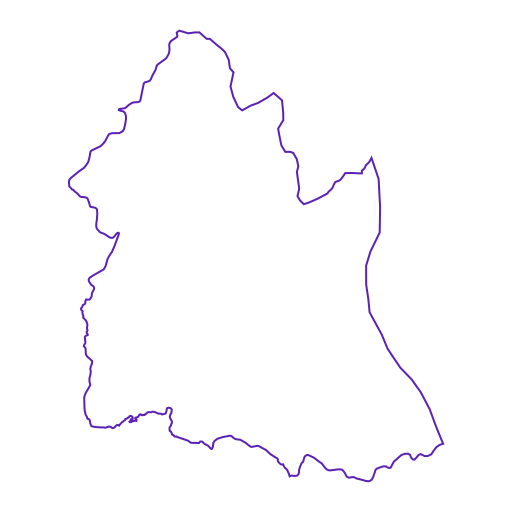 the district of Hiem, Houaphan, Laos
{"feature_id": "54806243B99881482516607", "entity_name": "Hiem", "entity_type": "district", "adm_level": 2, "iso_a3": "LAO", "parent_name": "Laos", "parent_adm1": "Houaphan", "projection": "natural_earth1", "projection_center": [103.244, 20.096], "detail": "fine", "context": "isolated", "style": "outline", "palette": "violet", "viewbox_px": 512, "rotation_deg": 0, "n_neighbors": 0, "source": "geoboundaries", "source_scale": "gbopen_adm2", "svg_char_len": 5966}
<svg xmlns="http://www.w3.org/2000/svg" viewBox="0 0 512 512"><path d="M371.5,157.9L369.5,161.6L367.8,163.5L366.0,165.1L364.3,168.6L361.9,170.6L361.9,173.3L357.8,173.3L352.5,173.0L345.2,173.1L343.5,175.8L340.8,179.3L339.4,180.5L335.2,182.1L333.9,184.5L332.2,188.4L328.4,191.9L327.4,193.5L317.7,198.7L308.7,202.6L303.8,204.2L300.0,200.4L297.5,196.1L299.2,188.7L296.9,172.0L298.3,166.2L296.8,159.2L293.3,153.0L290.5,151.9L285.3,151.9L281.4,145.4L280.3,140.3L278.1,128.7L283.3,120.1L283.2,112.7L282.0,100.3L273.6,93.0L267.8,97.3L258.1,102.9L250.5,105.7L242.2,110.4L238.0,107.0L233.3,96.9L230.5,86.5L233.5,72.4L229.9,68.2L228.8,60.0L224.9,51.9L220.4,47.7L216.9,45.0L209.9,38.9L206.7,38.9L199.4,32.4L195.2,32.4L188.2,33.3L179.5,30.7L178.5,31.2L177.2,32.1L176.7,32.8L177.4,35.9L177.1,36.9L170.9,41.1L169.7,43.0L169.2,44.7L169.5,49.6L169.0,53.2L167.9,55.4L166.1,58.4L158.8,63.7L157.2,65.0L156.4,66.7L155.6,69.7L152.3,75.7L151.0,79.0L149.7,80.8L147.7,81.6L145.0,82.3L144.3,82.8L143.7,83.9L140.3,100.6L139.4,101.6L138.2,102.1L133.7,102.4L132.0,102.9L128.8,104.9L125.9,107.5L124.9,108.2L120.0,108.9L118.8,109.4L118.8,110.1L120.0,110.6L123.6,111.5L125.0,113.0L125.9,115.9L126.0,119.2L125.1,124.7L123.9,129.4L122.8,131.1L119.4,133.1L112.1,133.2L110.5,133.6L109.1,134.1L107.9,135.9L105.1,141.3L103.1,143.7L100.7,146.1L91.5,150.5L90.4,151.9L89.5,157.3L88.2,162.1L85.7,165.7L83.9,167.9L79.3,171.1L75.5,174.2L70.5,178.3L69.4,179.7L68.9,181.9L69.3,186.4L70.9,188.1L71.8,189.3L72.4,189.7L73.1,189.7L73.7,190.2L74.2,191.0L77.1,193.3L79.9,196.3L81.0,196.9L85.4,197.3L87.0,198.0L87.7,198.9L89.2,203.0L90.0,206.1L90.6,206.8L95.0,207.7L96.2,208.4L97.0,209.5L97.3,213.9L96.8,220.0L96.3,223.4L96.2,226.0L96.5,227.8L97.2,229.1L99.3,231.5L100.3,232.4L104.1,233.8L106.2,235.1L108.9,237.0L110.8,237.8L112.3,237.9L113.5,237.3L116.9,233.3L117.6,232.9L118.6,232.8L119.0,233.4L118.2,236.0L114.1,247.0L111.9,252.0L109.9,254.8L107.6,258.9L105.6,266.1L103.7,269.4L93.7,275.1L89.9,277.6L89.1,278.6L88.7,279.5L88.8,280.8L89.2,281.8L91.2,284.8L93.5,286.4L94.1,287.8L94.1,288.8L93.5,290.2L92.1,292.8L91.8,293.9L91.8,295.2L91.5,296.6L90.7,298.1L89.6,299.5L88.0,299.7L86.2,299.4L85.8,300.1L85.3,301.2L85.4,302.7L85.2,303.4L84.5,304.3L82.9,305.0L82.2,307.0L81.0,308.4L81.4,310.2L82.6,311.2L82.4,313.0L82.6,313.9L83.4,316.0L83.2,317.6L85.7,320.3L86.5,321.6L87.2,323.6L87.3,324.2L87.4,325.5L86.9,327.8L87.0,328.9L87.5,330.0L87.5,330.5L86.6,332.0L86.7,332.7L87.8,334.8L85.5,336.1L84.9,336.9L84.8,337.5L85.1,338.3L85.0,339.5L85.3,341.1L85.3,343.1L84.2,344.9L83.8,346.1L85.5,348.1L85.7,350.2L85.7,352.0L85.9,354.5L87.3,356.7L92.1,360.9L92.1,363.3L90.8,366.5L90.3,368.9L90.8,371.3L90.4,374.8L89.5,378.0L89.4,381.2L90.3,384.8L89.8,386.0L85.8,392.8L84.7,395.4L84.2,397.9L84.5,407.8L84.7,410.5L85.6,414.6L87.2,417.5L87.3,418.5L87.8,418.9L88.5,419.0L89.4,419.6L89.8,420.6L90.3,423.4L91.0,425.5L91.8,426.3L95.2,427.0L100.7,427.4L103.8,427.4L105.2,427.7L105.9,427.7L106.8,427.2L108.6,426.6L109.4,426.6L110.8,426.9L111.9,427.8L112.5,428.0L113.2,428.0L114.4,427.5L115.8,425.9L116.9,425.1L117.7,425.0L118.5,425.1L119.2,425.6L119.8,424.6L121.9,422.3L122.8,421.9L123.8,420.8L124.6,420.4L125.1,419.9L125.3,419.1L126.6,418.7L127.5,418.1L127.9,417.6L128.7,417.5L129.5,416.2L130.8,415.9L131.3,416.0L132.6,417.1L132.7,417.6L132.6,419.2L132.1,419.3L131.4,419.2L130.8,419.4L130.8,419.7L131.3,420.0L131.1,420.5L130.7,420.9L129.5,421.7L129.7,422.1L130.4,422.0L130.7,422.2L131.3,421.9L131.7,421.5L132.0,420.6L132.7,420.6L133.0,421.3L135.2,420.7L136.4,420.9L136.5,419.5L135.4,418.8L135.2,418.3L135.2,418.0L135.7,417.6L136.9,417.4L137.3,417.1L138.3,416.8L138.9,415.3L139.6,414.9L140.1,414.3L140.6,414.3L141.0,414.4L141.5,415.0L142.2,415.3L142.4,415.1L143.3,414.9L144.6,415.0L144.9,414.7L145.5,413.8L146.3,413.7L146.7,413.4L147.4,412.4L148.6,412.1L151.1,412.3L152.2,411.7L152.6,411.7L154.8,412.0L156.0,412.5L157.3,413.2L158.6,413.7L160.3,413.6L161.0,413.7L161.5,414.0L162.0,414.5L165.5,413.6L166.1,412.3L167.0,408.3L168.4,407.7L169.6,407.9L170.6,408.1L171.8,409.6L171.3,413.1L170.2,414.9L169.8,416.8L170.1,418.1L171.6,420.7L171.9,421.6L171.8,423.3L171.2,424.3L171.0,425.3L170.7,426.0L170.0,426.7L169.6,427.4L169.5,429.7L169.8,431.0L170.0,431.2L170.8,431.4L171.0,431.7L171.3,432.6L171.7,433.1L171.9,434.4L174.1,435.7L174.3,436.3L175.1,436.6L176.1,436.6L176.5,436.5L176.9,436.6L177.2,437.0L187.8,440.6L190.5,442.5L191.9,442.9L195.2,442.9L198.8,443.1L200.3,441.5L202.0,441.5L204.6,443.9L208.2,445.8L210.9,448.7L211.7,449.0L212.8,447.1L213.4,442.8L214.6,440.9L217.3,438.8L222.7,437.1L229.9,435.7L231.6,436.1L233.1,437.6L234.9,438.8L236.4,439.3L240.4,439.8L245.6,442.8L250.4,446.6L251.8,446.9L257.5,445.8L258.8,446.1L265.9,450.0L270.5,454.2L275.1,457.2L277.4,458.5L277.9,459.5L277.8,460.6L278.0,461.4L278.8,462.4L280.5,464.1L281.3,464.5L282.0,464.5L283.1,464.3L283.9,466.2L284.7,467.5L285.6,468.4L286.8,469.4L287.4,470.3L287.8,471.5L288.8,473.5L289.7,476.4L290.4,476.0L291.8,475.5L293.7,475.9L295.9,475.9L297.0,475.6L297.9,474.9L298.4,474.3L298.9,472.9L299.1,469.8L300.0,466.9L301.4,463.5L303.0,461.8L303.5,460.8L303.7,459.4L304.5,456.9L305.0,456.3L306.5,455.2L307.7,454.9L309.1,455.4L314.1,457.8L318.6,461.3L321.8,463.5L324.8,467.5L326.6,469.3L328.4,470.2L330.4,470.4L336.9,469.5L339.6,469.3L341.7,469.6L342.9,470.4L345.3,473.7L346.0,475.5L346.8,476.7L348.9,477.7L352.4,477.1L354.1,477.2L356.6,478.5L362.7,480.0L365.7,480.9L368.5,481.3L370.0,480.8L371.8,479.6L373.2,476.9L375.7,469.6L376.9,468.6L380.3,467.3L383.6,466.3L386.0,466.4L387.4,467.4L389.4,468.0L390.6,467.7L394.0,461.4L394.7,460.9L401.4,455.0L405.0,453.8L408.1,453.7L410.1,454.9L411.1,457.6L412.7,459.3L414.4,459.7L416.3,457.7L418.6,454.9L420.6,454.1L424.7,456.1L427.7,456.0L431.2,454.4L433.6,450.8L436.4,447.1L439.8,444.8L443.1,443.8L436.1,426.6L429.6,409.0L420.7,392.2L411.8,379.6L400.3,367.7L387.6,348.8L381.8,334.7L369.6,312.3L368.3,298.9L366.2,284.8L366.1,265.8L370.4,251.6L379.7,232.5L380.1,207.1L378.6,178.9L371.5,157.9Z" fill="none" stroke="#5b21b6" stroke-width="2"/></svg>